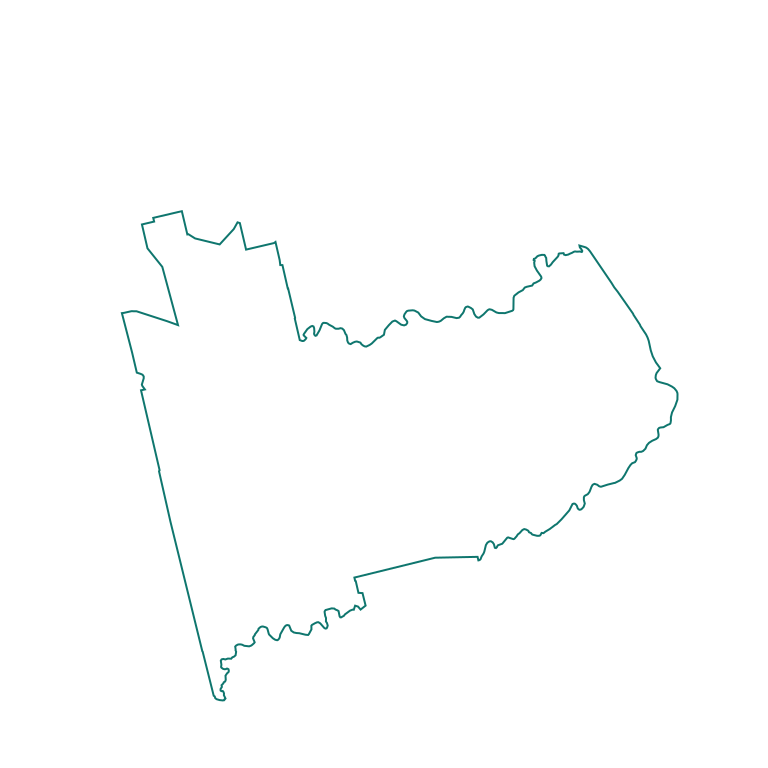 Darebin, Victoria, Australia (Albers equal-area conic projection), rotated 249°
{"feature_id": "25037944B70656955995006", "entity_name": "Darebin", "entity_type": "district", "adm_level": 2, "iso_a3": "AUS", "parent_name": "Australia", "parent_adm1": "Victoria", "projection": "albers", "projection_center": [145.008, -37.738], "detail": "fine", "context": "isolated", "style": "outline", "palette": "teal", "viewbox_px": 768, "rotation_deg": 249, "n_neighbors": 0, "source": "geoboundaries", "source_scale": "gbopen_adm2", "svg_char_len": 6166}
<svg xmlns="http://www.w3.org/2000/svg" viewBox="0 0 768 768"><g transform="rotate(249 384 384)"><path d="M544.1,164.7L503.6,160.1L483.2,157.3L480.7,160.4L479.2,161.9L477.2,162.4L475.4,161.7L470.2,157.7L468.8,157.7L464.6,158.8L465.2,154.9L383.9,143.6L383.2,142.7L332.1,135.3L199.6,118.6L199.2,118.8L154.0,113.3L153.0,114.0L151.1,113.9L149.7,114.8L147.8,117.3L146.3,120.2L146.2,121.1L146.9,122.3L146.6,122.3L147.2,123.3L150.9,123.0L152.3,123.7L153.9,123.8L155.2,123.4L155.3,122.6L155.6,122.1L156.4,121.6L157.8,122.1L159.3,124.1L161.0,124.4L162.1,126.8L162.8,127.3L163.1,128.1L163.1,128.8L163.7,129.6L164.7,130.3L168.5,131.5L170.2,133.9L170.7,135.5L171.7,136.3L173.4,136.6L174.2,136.0L174.6,135.4L174.5,134.1L174.9,132.8L175.7,131.7L177.4,130.6L178.2,130.5L180.2,131.6L184.2,132.5L185.1,133.7L184.9,135.4L183.7,137.2L183.6,139.9L182.3,142.9L183.2,144.5L183.2,146.2L183.9,148.2L187.0,150.0L188.7,150.0L189.4,150.4L192.2,151.0L192.8,152.2L193.1,154.0L192.9,155.2L192.2,157.0L191.3,158.3L189.7,159.7L187.4,164.1L187.4,166.5L188.1,168.5L188.6,169.8L189.2,170.7L193.4,170.6L194.7,171.4L195.8,173.3L196.5,173.7L199.4,178.5L200.5,179.2L201.4,181.7L201.3,183.3L200.9,184.2L199.3,186.3L198.3,187.2L196.8,187.4L192.1,186.9L191.2,187.0L186.5,189.1L184.3,190.7L183.4,191.9L183.0,192.8L183.3,193.8L184.0,195.0L184.9,195.9L187.5,197.5L192.3,203.3L193.2,204.6L193.7,206.0L193.7,206.9L193.4,207.8L192.5,208.9L186.9,209.0L184.4,210.7L182.9,213.0L181.7,215.6L178.1,220.8L176.9,223.2L177.3,224.1L180.9,228.3L184.4,229.6L184.9,230.5L185.4,233.9L185.5,236.2L185.1,237.4L183.4,238.7L177.7,240.8L176.7,241.6L176.5,242.1L176.5,242.9L177.5,244.0L178.7,244.9L181.3,245.1L183.1,244.7L186.3,246.0L188.6,246.0L192.3,246.8L193.0,247.1L193.9,248.4L193.3,254.7L192.1,257.2L190.9,257.8L189.3,259.5L188.3,260.2L183.0,259.3L181.8,259.6L181.5,260.3L182.0,263.6L182.9,264.9L184.6,271.1L184.6,274.0L184.1,274.9L187.4,277.6L185.5,280.0L181.8,281.3L183.7,287.4L196.5,289.0L198.2,285.3L210.1,287.0L210.6,286.5L213.9,287.0L203.5,369.5L189.1,409.4L185.5,408.9L185.4,409.3L185.5,410.6L185.8,411.3L188.1,413.4L190.1,416.2L191.6,417.6L197.1,421.4L198.7,423.5L199.2,425.2L199.2,426.6L198.8,427.5L197.2,428.7L195.0,429.2L191.4,428.8L190.7,429.7L191.1,430.8L191.7,431.3L192.6,432.6L192.5,437.2L196.3,443.9L196.3,444.9L193.1,448.8L192.7,449.5L192.8,450.3L194.4,453.4L195.2,454.4L195.8,455.5L196.1,456.9L198.1,460.9L198.3,462.9L197.2,464.5L195.3,466.1L193.6,466.3L192.2,467.8L190.6,468.3L189.9,469.0L187.5,472.4L186.9,473.8L186.6,475.0L186.9,475.9L188.5,477.8L187.6,479.5L188.3,481.6L189.2,486.7L191.1,493.3L191.3,495.0L194.0,501.1L199.6,511.7L204.4,517.0L204.3,518.5L203.8,519.3L203.0,519.8L201.3,520.4L198.5,520.3L197.2,520.8L196.4,521.7L196.3,523.1L196.7,524.3L197.8,526.4L200.4,528.6L204.0,529.0L206.6,530.0L207.4,530.8L207.7,531.6L208.1,534.7L209.1,536.4L209.8,537.4L213.7,540.9L215.0,542.5L215.3,543.6L215.3,544.8L213.4,547.1L211.7,548.0L210.6,549.2L210.3,550.0L209.9,556.8L209.1,563.4L208.9,564.2L209.4,569.5L210.2,572.3L212.9,576.2L218.0,582.1L220.1,585.1L221.1,587.3L221.1,590.3L222.2,591.9L223.5,593.1L224.4,593.4L227.4,593.5L229.0,594.8L229.3,595.9L229.2,598.0L228.5,600.0L228.6,601.9L229.9,604.9L232.6,607.5L234.1,610.3L234.9,614.1L235.1,618.3L235.8,620.5L237.0,621.6L238.4,622.2L243.1,623.2L243.8,623.9L244.4,625.2L244.3,626.5L243.5,629.5L244.2,634.0L244.2,636.0L244.4,637.0L244.9,637.5L247.1,638.8L250.3,640.0L254.2,642.7L259.0,647.9L264.2,652.3L269.4,654.4L270.7,654.7L272.7,654.6L276.0,653.5L278.4,651.9L282.1,648.6L287.1,641.8L288.7,640.0L291.0,639.6L292.4,639.7L294.8,640.9L296.5,642.4L299.7,647.5L306.7,645.6L313.5,644.8L319.8,645.1L329.4,646.6L332.9,646.7L336.3,646.4L346.1,644.2L347.6,644.2L359.2,641.7L360.4,641.7L386.5,635.2L391.7,633.6L397.0,632.6L434.0,623.9L436.9,622.9L438.8,621.7L439.9,620.5L443.2,616.1L441.3,615.8L439.7,616.4L437.2,616.8L436.5,616.3L436.4,615.9L437.5,614.3L438.4,611.5L439.3,609.8L439.4,608.5L439.1,606.8L439.0,603.9L438.8,602.5L439.2,599.8L440.2,598.5L441.8,598.5L443.1,594.3L442.9,593.7L441.4,592.9L440.5,591.7L437.3,585.2L435.6,582.6L434.7,580.2L435.2,579.2L436.0,578.7L440.7,579.7L443.6,580.6L445.1,580.3L446.2,580.3L447.0,580.0L448.0,577.7L448.4,574.7L448.3,573.0L447.0,570.2L447.1,568.8L446.1,568.1L444.9,568.8L443.5,567.7L440.0,566.8L435.1,567.4L428.0,569.2L426.5,569.0L425.4,567.7L424.8,566.1L424.3,562.2L424.3,559.7L422.8,557.6L423.6,552.1L423.6,550.0L421.9,547.2L421.3,542.4L419.7,537.3L418.1,535.9L407.4,531.6L406.7,531.0L406.4,529.9L406.8,522.4L409.1,516.6L410.5,514.6L414.6,511.3L415.9,509.4L416.0,508.3L415.7,507.0L413.3,501.8L411.8,496.8L412.2,495.5L413.9,494.1L416.9,493.4L421.8,493.6L423.8,492.4L426.0,490.4L426.4,489.7L426.4,487.8L425.9,487.0L424.4,485.5L423.0,484.4L421.8,482.9L420.4,480.3L419.6,479.4L419.0,477.8L419.5,475.4L422.5,471.0L424.4,466.5L423.9,463.4L422.6,459.6L422.5,457.6L422.9,455.6L425.8,451.1L429.9,445.5L433.8,442.9L438.4,441.6L441.6,438.8L442.5,437.3L443.8,432.9L443.8,431.4L443.4,430.6L441.7,428.1L440.1,426.8L438.4,426.7L434.7,427.9L433.6,428.0L432.6,427.5L431.5,425.9L431.5,423.8L433.2,421.3L438.1,418.1L439.3,417.0L439.3,414.2L437.2,409.6L434.2,404.2L430.0,401.6L428.9,397.2L428.9,396.1L429.4,395.1L429.3,394.2L426.2,387.1L425.6,384.6L425.3,380.8L426.1,379.4L427.2,378.4L429.2,377.2L431.1,376.8L433.4,373.9L433.8,372.1L433.7,369.6L433.2,367.2L434.2,365.9L435.5,365.3L437.8,365.3L440.5,366.2L443.2,366.5L444.6,366.0L448.6,365.9L450.7,364.9L451.7,363.4L451.9,361.3L452.9,358.8L453.7,358.0L455.8,356.8L459.0,354.0L460.6,353.0L461.5,352.1L462.7,349.7L462.7,348.6L462.0,347.5L457.2,343.0L453.5,338.4L453.6,337.2L454.8,336.7L455.9,336.7L457.9,337.8L461.2,338.8L463.0,338.8L463.9,337.8L463.9,336.1L462.7,332.1L459.5,327.3L458.7,326.5L458.1,326.5L454.8,328.0L454.1,327.2L453.1,325.0L453.1,324.0L453.5,323.0L455.2,321.1L477.2,324.2L477.5,324.7L507.4,328.7L507.4,328.4L507.8,328.4L531.4,331.8L532.2,329.8L537.1,331.0L555.5,333.6L555.0,331.8L558.9,303.4L585.9,307.1L587.4,305.2L582.5,299.3L573.2,280.6L587.6,259.8L594.0,255.0L594.1,254.0L617.8,257.2L621.8,228.1L618.0,227.6L619.7,215.2L595.4,211.8L572.8,219.0L512.8,212.8L520.3,204.1L540.6,179.0L542.5,174.2L543.6,166.7L544.1,164.7Z" fill="none" stroke="#0f766e" stroke-width="2"/></g></svg>